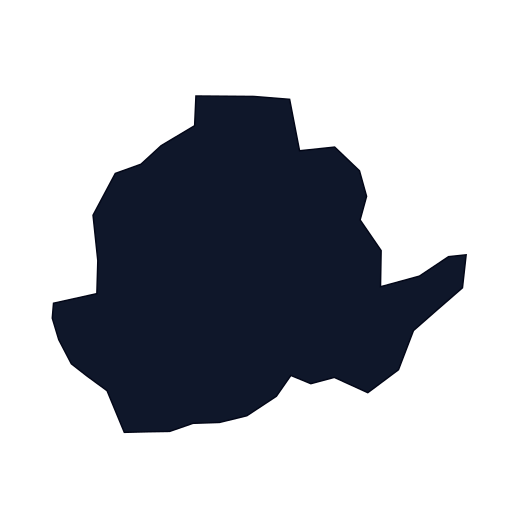 Suva Reka, Mercator projection, rotated 84°
{"feature_id": "KOS-5910", "entity_name": "Suva Reka", "entity_type": "District", "adm_level": 1, "iso_a3": "XKX", "parent_name": "Kosovo", "parent_adm1": "", "projection": "mercator", "projection_center": [20.856, 42.352], "detail": "fine", "context": "isolated", "style": "filled", "palette": "ink", "viewbox_px": 512, "rotation_deg": 84, "n_neighbors": 0, "source": "natural_earth", "source_scale": "10m", "svg_char_len": 666}
<svg xmlns="http://www.w3.org/2000/svg" viewBox="0 0 512 512"><g transform="rotate(84 256 256)"><path d="M90.6,299.0L97.1,241.5L103.7,206.2L155.9,201.7L155.9,166.4L182.1,144.2L208.2,139.8L231.0,148.7L263.7,131.0L299.6,135.4L293.1,95.6L276.8,64.6L276.8,46.9L309.2,54.0L329.0,82.3L346.6,107.2L384.0,126.2L403.6,159.1L384.9,190.8L388.7,214.8L378.4,233.8L397.6,250.4L413.9,281.8L417.7,309.7L415.8,336.2L421.4,360.2L419.5,381.7L417.6,405.4L374.4,418.2L357.6,436.7L343.9,450.9L318.6,460.9L296.5,465.1L281.8,462.3L276.8,418.2L244.1,413.8L198.4,413.8L159.2,387.3L152.7,360.8L136.3,338.7L120.0,303.4L90.6,299.0Z" fill="#0f172a" stroke="#020617" stroke-width="1.5"/></g></svg>